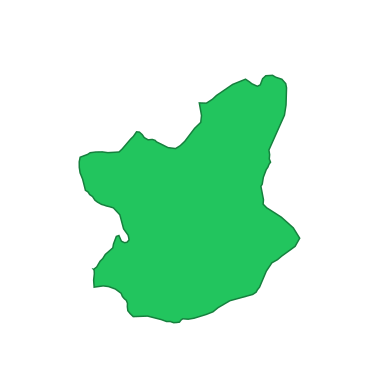 SVG path tracing the border of Chaouia - Ouardigha, rotated 290°
{"feature_id": "MAR-1449", "entity_name": "Chaouia - Ouardigha", "entity_type": "Region", "adm_level": 1, "iso_a3": "MAR", "parent_name": "Morocco", "parent_adm1": "", "projection": "albers", "projection_center": [-7.234, 33.091], "detail": "fine", "context": "isolated", "style": "filled", "palette": "green", "viewbox_px": 384, "rotation_deg": 290, "n_neighbors": 0, "source": "natural_earth", "source_scale": "10m", "svg_char_len": 1774}
<svg xmlns="http://www.w3.org/2000/svg" viewBox="0 0 384 384"><g transform="rotate(290 192 192)"><path d="M157.1,91.3L166.7,84.8L171.7,80.3L176.5,77.7L181.8,75.7L186.4,75.0L186.7,75.3L191.7,81.1L194.1,82.9L196.7,88.0L199.0,94.0L200.2,99.5L204.6,109.7L208.3,111.6L220.9,116.3L224.2,117.9L229.6,119.3L230.3,122.1L228.8,125.7L226.8,128.5L226.0,132.9L227.8,136.7L227.9,139.7L227.0,141.4L225.5,154.3L227.2,161.7L231.4,165.0L237.2,167.9L252.8,172.7L260.4,176.4L267.1,174.8L278.2,168.4L280.4,175.1L286.2,179.5L291.1,182.0L307.0,193.4L316.3,203.7L315.2,208.2L314.2,211.2L313.7,217.2L316.0,219.5L322.6,219.6L326.5,221.6L329.2,227.8L328.5,231.3L328.7,237.9L325.9,243.0L322.2,245.2L305.9,250.6L295.8,252.6L257.8,249.9L253.6,252.2L249.5,253.3L246.9,255.6L244.4,254.9L241.2,254.8L238.5,254.1L230.3,254.0L223.4,255.3L220.9,254.8L209.2,261.8L204.9,263.0L202.7,267.6L198.9,284.6L192.9,299.5L185.4,309.0L176.2,307.5L162.3,298.1L157.7,295.5L152.8,291.3L143.1,288.9L125.7,288.0L122.4,286.9L119.8,286.5L116.5,284.1L102.8,264.8L92.3,256.1L86.6,252.7L81.9,247.4L74.1,237.1L71.2,232.0L69.7,226.7L68.0,225.5L65.4,224.7L64.0,222.0L62.9,219.4L62.9,215.9L61.6,212.5L61.6,206.7L60.2,192.7L54.8,179.4L56.5,175.6L58.5,172.3L62.0,170.5L65.4,169.4L67.8,167.2L68.5,165.0L70.0,162.4L72.6,160.0L74.6,153.2L74.6,145.9L73.4,140.7L69.3,132.9L69.1,132.6L75.6,129.7L81.7,128.2L84.9,126.9L85.6,125.9L85.6,126.0L85.8,126.1L88.9,128.1L95.5,129.3L98.9,130.9L103.7,131.9L112.4,136.7L116.3,136.0L124.4,136.1L126.1,138.2L121.6,142.5L121.3,146.0L122.6,148.2L125.5,149.2L127.5,148.1L129.6,146.7L134.0,140.3L145.9,132.0L150.2,123.6L150.0,119.5L149.6,116.4L149.6,113.8L149.4,111.2L150.2,106.5L151.1,103.6L153.7,100.1L154.6,96.7L156.4,94.4L157.1,91.7L157.1,91.3Z" fill="#22c55e" stroke="#15803d" stroke-width="1.5"/></g></svg>